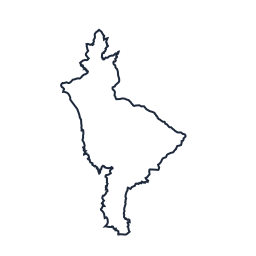 Florián, Santander, Colombia (orthographic projection), rotated 255°
{"feature_id": "7082276B44314781423547", "entity_name": "Florián", "entity_type": "district", "adm_level": 2, "iso_a3": "COL", "parent_name": "Colombia", "parent_adm1": "Santander", "projection": "orthographic", "projection_center": [-73.956, 5.787], "detail": "fine", "context": "isolated", "style": "outline", "palette": "slate", "viewbox_px": 256, "rotation_deg": 255, "n_neighbors": 0, "source": "geoboundaries", "source_scale": "gbopen_adm2", "svg_char_len": 5738}
<svg xmlns="http://www.w3.org/2000/svg" viewBox="0 0 256 256"><g transform="rotate(255 128 128)"><path d="M27.4,102.7L28.7,102.3L31.8,102.5L32.9,102.1L33.5,103.1L34.1,103.5L36.6,103.0L36.9,103.1L37.1,103.8L36.5,105.2L38.6,105.6L39.3,105.2L39.5,104.9L39.4,103.7L41.0,102.7L40.8,102.0L41.1,101.7L41.9,101.7L42.7,101.2L43.2,101.1L45.5,102.0L46.3,101.7L47.7,102.4L48.6,103.1L50.3,103.2L51.6,103.7L54.4,105.5L55.9,106.2L56.8,106.0L58.0,106.8L59.1,106.9L60.3,108.0L62.1,107.7L62.9,108.1L63.9,108.3L67.0,110.3L67.9,111.4L70.1,112.1L70.4,112.5L68.5,114.7L69.9,116.3L70.4,119.6L72.2,121.0L72.2,121.7L71.8,122.1L71.8,122.8L71.2,123.6L71.3,123.9L72.0,124.6L71.6,125.2L71.8,125.8L71.2,126.6L71.4,126.9L72.3,127.1L72.6,127.4L71.9,128.5L71.3,128.8L71.4,129.9L70.7,130.3L71.4,131.3L71.6,132.4L70.9,133.1L71.8,133.8L74.3,132.2L75.1,132.0L75.6,134.0L76.8,135.4L77.5,136.7L77.9,136.9L80.8,137.3L82.2,138.0L82.3,138.3L81.5,141.1L79.7,146.4L80.2,147.0L81.8,147.9L84.0,147.5L84.8,147.6L85.4,149.3L86.7,151.1L88.7,152.7L89.6,153.8L89.9,154.8L89.9,157.0L92.0,158.8L92.3,159.4L92.9,162.8L92.8,165.0L93.2,165.9L94.2,167.0L94.8,168.2L95.4,168.7L95.3,169.0L95.5,169.2L96.3,169.6L97.9,171.0L97.7,172.5L97.8,174.8L99.8,176.0L101.5,176.4L101.5,177.4L101.6,177.9L102.9,178.9L103.6,179.0L104.7,181.1L105.0,181.4L105.6,181.6L107.0,181.3L107.9,180.0L108.0,179.5L110.0,178.0L110.8,174.9L111.5,174.1L113.3,172.5L114.1,172.1L116.0,170.6L117.4,170.0L118.0,168.3L118.3,168.0L121.6,166.4L122.4,165.2L124.5,164.9L125.1,163.2L126.7,161.8L127.7,161.2L128.7,159.9L129.1,159.7L129.5,159.7L130.2,159.2L131.5,159.2L132.9,158.3L134.0,158.2L134.7,157.6L135.8,157.5L137.2,155.8L138.8,153.1L140.4,151.7L141.2,150.7L144.8,149.1L145.4,146.6L147.0,144.8L147.7,141.4L147.7,139.7L148.0,139.3L148.6,138.7L149.5,138.6L150.5,137.8L152.6,137.2L153.6,136.4L154.8,135.8L156.0,133.8L157.2,132.4L158.1,129.9L158.0,128.0L158.7,124.9L158.8,124.4L159.4,123.9L161.8,123.8L162.9,123.4L166.2,124.7L167.8,124.3L169.0,123.4L169.7,123.2L170.6,123.4L171.3,123.7L171.6,126.1L172.5,126.7L174.8,131.1L175.7,131.7L177.8,132.2L181.3,132.1L185.1,132.8L187.3,132.7L188.0,132.6L188.9,131.9L190.1,131.6L191.5,131.9L192.3,131.6L192.9,130.9L193.4,130.7L194.8,130.7L195.9,131.4L195.5,132.5L196.4,133.7L198.1,133.5L199.2,135.6L199.7,135.8L200.4,135.2L200.9,135.4L202.2,136.7L202.3,137.5L204.1,138.7L204.1,138.2L203.0,137.2L203.2,135.2L202.0,132.9L201.8,132.1L202.2,131.2L202.2,129.2L201.8,127.6L201.2,126.6L201.4,125.2L201.8,124.6L200.5,122.8L200.6,121.9L201.2,121.7L201.5,121.9L201.8,121.3L202.6,121.6L203.3,121.1L206.0,122.1L206.8,122.7L206.9,123.3L206.7,123.9L207.4,124.1L207.4,124.7L208.0,125.1L208.2,125.8L209.6,127.0L210.0,127.1L210.5,126.8L211.5,128.1L212.2,129.7L212.5,129.9L213.6,129.2L214.0,129.5L214.6,129.3L215.3,129.6L215.8,129.2L216.8,129.1L220.0,131.4L220.0,129.4L219.5,127.7L220.8,127.9L222.1,128.0L222.4,128.5L223.3,128.9L224.0,128.2L224.8,128.2L225.8,127.7L227.8,127.3L230.3,125.4L229.7,124.2L229.2,123.8L229.1,122.5L227.4,120.2L223.7,119.4L222.0,117.6L221.6,117.4L220.6,117.6L218.9,116.1L218.0,116.4L217.8,116.2L217.3,115.1L218.4,114.2L218.1,113.0L219.4,111.4L219.8,110.3L219.8,109.6L218.3,109.6L217.6,109.2L215.8,109.3L214.9,109.1L212.8,109.5L212.0,108.1L210.6,106.7L209.8,106.3L209.0,106.2L207.7,107.0L206.4,107.3L205.4,108.1L204.3,106.5L204.3,105.5L204.9,104.0L204.7,101.6L203.3,98.6L202.9,98.7L202.6,99.0L201.1,99.0L201.0,98.7L200.7,98.7L200.7,99.3L200.1,99.4L200.2,99.9L199.9,99.9L199.7,99.6L199.4,99.8L199.6,100.0L198.9,100.2L199.1,100.5L198.0,100.4L197.6,100.7L197.9,100.9L197.0,101.4L196.5,102.2L196.1,102.3L195.9,101.8L195.8,102.2L195.5,102.2L195.2,102.7L194.5,102.5L194.4,103.0L193.6,103.1L193.6,103.5L193.1,103.9L191.8,103.2L191.0,101.1L190.9,99.1L190.2,97.5L189.4,96.5L188.4,94.6L188.4,93.6L188.7,93.1L189.1,91.3L188.8,89.9L188.9,87.1L187.1,84.3L186.7,82.7L186.9,81.9L188.0,80.5L188.0,77.4L188.4,76.4L187.5,75.0L186.5,74.4L185.4,74.5L184.5,74.8L184.1,75.4L182.4,76.3L182.0,76.3L181.1,75.4L179.7,74.7L179.6,75.5L178.4,77.5L177.3,78.7L176.2,79.3L174.5,79.8L172.6,80.1L170.5,79.6L169.7,79.8L159.4,83.9L153.7,84.4L150.5,84.2L148.2,84.8L144.9,84.1L141.9,83.7L140.3,83.0L138.8,83.1L138.0,82.5L137.5,82.5L137.5,82.8L138.0,83.4L137.9,83.8L137.5,84.1L136.5,84.0L134.2,83.5L132.2,82.6L129.6,81.9L128.7,81.1L128.1,80.9L125.3,81.6L122.2,81.6L120.9,80.9L120.9,79.6L120.6,79.6L119.0,80.7L118.5,80.5L118.2,79.5L117.6,79.5L116.8,80.2L116.6,81.0L116.0,80.2L114.7,80.1L114.6,79.1L113.8,78.8L114.1,81.3L113.6,81.3L112.0,82.7L109.8,82.8L108.6,81.2L107.9,81.6L108.1,82.4L107.5,82.8L105.1,82.6L104.5,82.8L103.3,84.5L103.1,84.6L101.8,84.0L101.3,84.3L100.9,85.0L99.6,85.7L99.8,86.6L98.9,87.1L97.8,88.1L97.0,87.5L96.4,88.3L95.5,88.1L94.8,88.3L93.5,88.2L91.5,88.4L91.7,88.9L92.7,89.7L93.4,90.0L94.2,89.9L95.1,90.3L95.0,91.4L97.1,92.5L97.4,92.8L97.6,94.0L97.9,94.2L97.3,95.0L96.2,95.2L96.2,95.7L95.6,96.0L95.0,96.9L94.1,99.0L94.3,99.6L94.0,100.7L94.5,102.1L93.8,102.4L93.3,102.8L93.0,102.7L92.3,100.6L91.6,99.7L90.7,99.3L88.8,99.7L88.0,97.3L88.1,94.5L87.9,94.2L86.7,93.6L86.0,94.3L84.9,94.7L83.6,94.2L82.0,94.0L80.9,93.4L79.5,93.9L78.7,93.2L77.9,92.9L77.7,91.8L77.4,91.8L76.8,92.1L76.6,91.2L75.1,91.1L74.3,90.7L74.1,91.9L72.4,91.9L71.6,90.4L70.6,89.9L69.6,88.6L68.9,87.3L69.1,86.6L68.8,86.4L68.8,86.0L67.1,85.0L65.2,85.4L64.1,86.0L62.3,83.6L61.9,84.2L60.9,84.0L60.0,84.4L60.2,84.0L58.8,84.6L59.1,83.4L57.4,82.0L56.8,81.0L56.1,80.7L53.4,82.2L51.5,82.7L47.1,82.2L47.4,83.7L47.2,84.1L46.0,84.5L44.7,84.6L42.1,84.1L41.0,83.4L39.6,81.7L38.9,80.5L38.8,81.2L37.7,83.1L36.7,86.1L36.6,86.5L37.1,87.1L36.8,87.8L36.0,88.1L34.5,88.1L34.1,88.8L33.9,90.1L32.8,89.3L32.5,89.3L31.9,91.0L30.8,91.9L29.2,91.7L28.3,91.1L27.6,91.1L27.4,93.0L25.8,97.6L25.7,98.6L26.0,99.7L27.4,102.7Z" fill="none" stroke="#1e293b" stroke-width="2"/></g></svg>